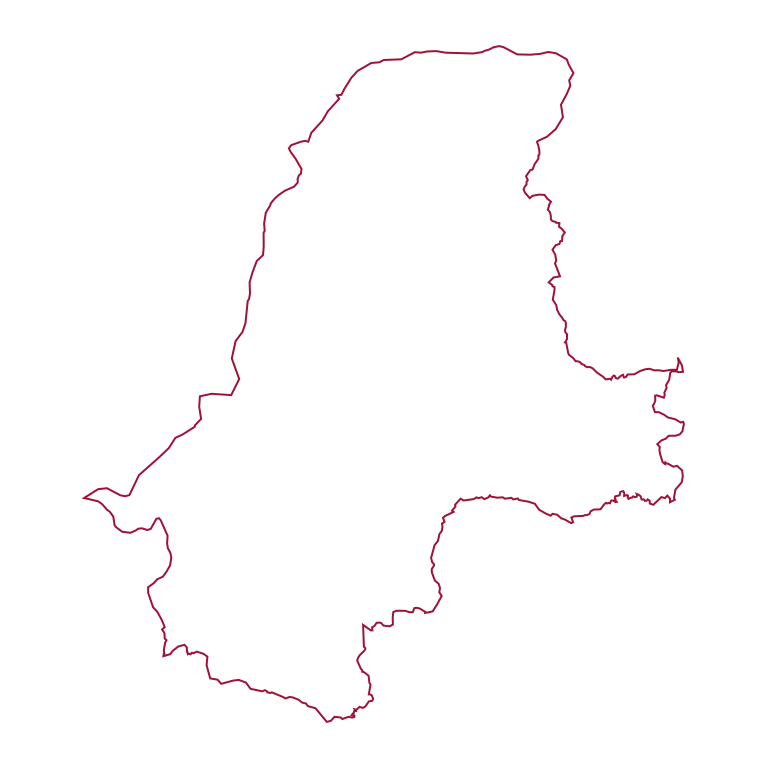 outline of Myingyan, Mandalay, Myanmar
{"feature_id": "60261553B69002423633875", "entity_name": "Myingyan", "entity_type": "district", "adm_level": 2, "iso_a3": "MMR", "parent_name": "Myanmar", "parent_adm1": "Mandalay", "projection": "albers", "projection_center": [95.599, 21.47], "detail": "fine", "context": "isolated", "style": "outline", "palette": "rose", "viewbox_px": 768, "rotation_deg": 0, "n_neighbors": 0, "source": "geoboundaries", "source_scale": "gbopen_adm2", "svg_char_len": 6090}
<svg xmlns="http://www.w3.org/2000/svg" viewBox="0 0 768 768"><path d="M84.1,498.0L98.1,501.3L102.3,504.3L106.7,509.4L110.0,512.0L113.3,516.6L114.6,525.3L116.3,527.3L122.1,531.7L130.3,532.8L135.1,530.8L138.3,528.7L141.9,528.3L147.4,530.0L150.7,528.9L156.4,518.8L159.0,518.2L160.8,520.4L167.6,535.7L167.1,543.4L167.9,548.3L170.3,552.7L171.3,557.4L170.1,565.3L166.7,571.4L162.8,576.7L157.1,579.4L153.7,583.2L148.1,587.2L148.2,593.0L153.1,607.3L157.3,611.8L161.9,620.2L164.7,627.1L162.1,629.4L164.5,633.3L164.7,638.4L166.5,640.2L165.2,642.5L163.8,650.2L164.4,653.7L163.8,653.9L163.4,656.2L170.4,654.1L172.6,650.9L178.3,646.5L184.4,644.8L186.8,647.3L187.0,651.8L187.4,651.9L187.8,654.2L188.8,653.7L190.7,654.2L191.7,652.8L193.2,652.9L193.4,653.3L196.8,651.6L203.4,653.8L207.4,656.6L206.6,665.2L210.2,678.4L217.6,679.7L221.2,683.8L233.1,680.6L238.7,679.9L245.9,682.5L250.5,688.8L262.1,691.3L265.0,690.2L267.1,691.4L267.3,692.4L270.5,693.0L271.7,692.3L283.3,697.1L285.2,698.5L289.6,697.0L292.6,697.4L298.8,699.8L302.0,702.5L306.1,703.6L307.8,706.1L315.5,708.2L326.8,721.9L330.9,720.8L334.5,716.8L340.7,717.5L342.4,719.0L348.5,716.8L352.4,717.6L354.3,717.0L354.4,715.6L351.7,715.1L353.1,713.3L353.7,713.3L354.1,711.2L355.7,711.1L354.6,709.3L356.3,709.8L359.6,706.9L362.9,707.9L365.4,706.4L368.9,701.4L372.2,700.8L373.1,698.9L371.9,695.5L370.7,694.6L368.8,694.4L370.5,684.7L369.4,682.7L368.6,675.8L364.1,672.2L362.2,671.7L362.3,670.2L360.8,668.7L357.2,660.5L358.1,657.7L359.8,655.1L364.0,651.1L365.3,649.1L365.3,648.1L363.9,646.6L363.1,624.9L370.7,630.3L372.4,630.3L372.1,627.3L374.6,625.8L376.6,622.8L379.9,622.6L381.3,623.1L383.5,625.6L389.7,626.3L392.9,624.5L392.7,617.4L393.3,612.0L396.9,610.7L402.9,610.8L405.5,610.9L409.2,612.1L412.7,612.2L414.4,608.1L416.4,607.8L419.5,608.4L425.2,611.8L425.1,613.0L432.7,611.4L437.0,604.5L441.7,596.0L439.3,592.3L440.0,588.0L438.6,583.7L434.9,580.6L431.9,572.6L431.7,569.2L434.1,565.3L434.0,564.3L432.2,562.2L431.1,557.9L434.6,545.1L438.0,540.9L439.4,534.1L441.7,531.1L442.5,527.2L442.0,523.6L444.5,521.9L443.0,517.8L444.9,516.1L453.6,511.9L452.0,510.6L455.4,506.7L455.1,504.7L460.6,498.7L463.6,500.5L473.7,499.1L476.4,497.4L478.5,498.1L481.7,497.2L484.3,499.1L488.4,497.4L489.9,495.3L491.0,496.6L497.3,497.7L502.7,497.3L505.0,498.7L511.4,497.8L513.2,499.4L517.8,498.5L518.9,500.0L528.6,501.7L534.9,503.8L539.1,509.7L545.3,513.3L550.7,515.7L552.6,513.8L557.3,514.8L561.2,518.3L565.2,519.7L571.1,523.1L573.1,522.3L571.4,517.5L574.1,516.3L583.3,515.9L584.6,515.2L586.7,515.1L589.4,514.1L590.6,511.4L593.5,509.6L600.5,509.3L604.1,504.4L606.0,502.8L607.2,503.5L608.8,503.0L610.0,503.3L611.2,500.6L613.0,500.4L615.6,502.1L616.7,501.8L614.9,500.1L615.5,499.4L614.8,497.6L615.1,496.4L619.6,495.3L620.3,492.0L622.2,491.3L623.4,491.2L624.3,493.3L624.1,495.9L627.0,495.1L627.9,495.6L627.8,497.8L628.6,498.9L630.8,497.7L632.0,497.7L633.1,496.4L635.1,497.2L636.7,496.6L637.2,495.3L636.7,494.0L638.7,494.8L640.6,496.2L641.6,499.5L643.9,499.4L644.9,500.9L646.8,500.6L647.7,499.4L649.7,500.8L649.8,503.5L653.3,504.8L661.4,497.1L665.0,498.1L667.3,495.6L670.0,498.6L670.0,502.2L674.8,499.7L674.0,497.8L675.4,489.7L681.7,482.3L682.8,476.4L682.2,470.5L677.0,465.8L673.3,466.7L667.9,463.6L666.4,463.6L665.3,462.4L664.9,464.0L662.6,462.0L660.2,454.4L659.4,450.2L659.8,447.0L657.3,444.1L661.5,440.4L665.9,438.6L668.6,435.8L675.5,435.7L679.6,434.5L682.4,431.3L683.9,424.0L683.2,421.9L680.7,422.5L675.4,419.3L668.0,417.5L664.0,414.7L658.6,412.1L654.9,412.1L652.8,405.7L654.1,403.8L655.3,400.5L655.1,395.7L656.7,395.3L663.8,397.7L664.7,395.1L664.4,392.6L666.6,387.9L666.0,385.2L669.2,379.8L670.2,373.0L671.7,371.3L675.7,371.3L678.9,372.2L683.0,371.8L681.9,365.4L677.7,357.5L678.7,362.4L676.9,369.8L671.2,369.8L663.6,371.0L658.1,370.2L654.6,370.4L649.6,368.8L645.6,369.2L639.9,371.1L634.3,374.3L627.6,374.5L625.9,377.1L624.0,377.5L623.0,374.8L620.8,375.9L617.7,378.7L615.6,377.9L615.1,376.3L614.0,375.5L612.6,376.5L611.1,379.7L610.1,378.7L605.7,379.4L603.3,376.9L596.9,372.5L592.8,368.5L591.2,367.5L588.7,366.9L587.4,367.2L585.1,366.2L584.3,365.0L581.4,363.9L580.4,362.4L577.9,361.3L575.6,361.2L573.2,358.1L569.1,354.9L568.2,353.1L566.2,342.6L565.0,342.4L567.0,339.1L567.0,334.2L565.3,332.1L565.0,329.8L565.8,327.6L565.9,322.9L565.1,321.1L563.3,319.9L562.4,318.0L559.3,314.2L557.1,309.7L556.3,305.2L552.8,299.7L554.5,290.0L554.5,287.0L552.5,286.3L552.4,285.1L548.7,282.4L553.5,277.5L560.0,276.3L555.0,263.4L556.2,260.8L555.3,254.9L552.5,249.7L555.7,245.2L559.4,244.0L560.3,241.2L562.0,241.0L562.4,236.0L564.8,232.5L561.8,228.9L559.0,226.7L559.4,223.1L556.0,222.7L555.7,222.0L552.3,221.0L550.9,219.4L550.8,215.5L549.8,212.0L547.8,209.6L549.2,205.5L548.9,205.1L551.0,201.7L547.4,198.8L544.5,194.9L538.9,194.6L532.4,195.8L529.8,198.2L524.9,192.6L523.6,189.4L524.9,186.4L526.5,184.7L526.5,182.1L527.8,180.1L526.0,176.2L530.3,170.1L532.6,169.5L534.5,164.4L538.4,158.7L538.4,155.3L539.1,154.9L539.5,153.7L539.3,150.6L538.3,145.5L537.0,142.0L537.6,141.1L546.9,136.8L555.7,129.1L562.9,117.3L561.0,104.7L566.6,94.3L570.3,85.7L569.2,80.3L573.5,73.1L568.7,64.5L566.8,59.4L555.9,53.2L548.2,52.0L540.0,53.9L530.3,54.7L517.2,54.4L503.6,47.2L499.2,46.1L493.8,47.2L488.5,49.8L485.2,50.6L482.0,52.2L473.1,53.5L445.8,52.7L436.3,51.1L426.9,51.5L421.0,52.7L414.8,52.2L401.3,59.3L383.7,60.0L379.4,62.3L371.2,63.0L357.6,70.9L351.4,77.7L344.3,89.0L341.4,94.8L337.0,95.3L339.2,98.8L327.8,111.3L322.5,120.5L311.3,132.8L308.3,141.7L304.9,140.8L300.1,142.0L291.3,145.1L288.9,148.3L290.5,151.7L295.5,158.6L301.5,168.9L300.9,173.7L298.9,175.4L297.7,178.6L297.7,182.6L294.0,186.7L285.1,190.6L278.9,194.8L274.8,198.5L271.0,203.0L269.9,206.0L265.8,212.7L264.1,223.8L264.7,230.8L263.6,232.8L263.7,247.0L263.0,255.1L256.8,260.9L252.7,271.8L249.6,282.3L250.0,293.5L249.1,298.9L247.7,301.1L245.5,323.0L242.5,331.9L235.6,341.1L231.8,358.5L239.2,379.0L231.2,395.1L211.5,393.8L199.9,396.3L199.2,406.7L201.1,418.9L195.0,425.3L194.7,426.8L182.4,434.6L175.4,437.8L168.8,448.1L158.9,457.5L139.0,475.1L129.4,495.1L125.1,496.2L120.4,495.3L106.9,488.2L98.1,489.2L84.1,498.0Z" fill="none" stroke="#9f1239" stroke-width="2"/></svg>